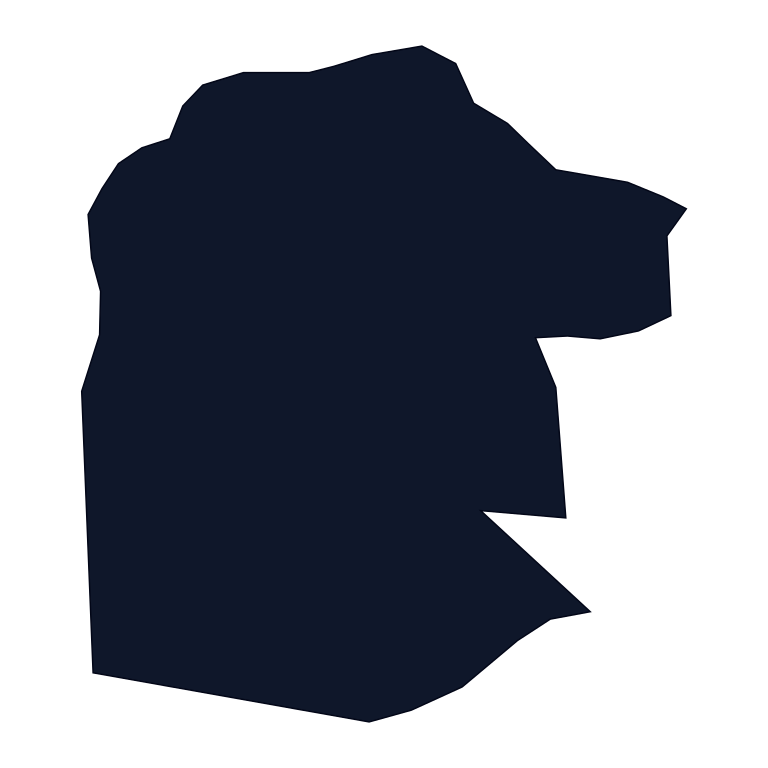 Vila Flor, Rio Grande do Norte, Brazil (Robinson projection)
{"feature_id": "56859067B91583565778488", "entity_name": "Vila Flor", "entity_type": "district", "adm_level": 2, "iso_a3": "BRA", "parent_name": "Brazil", "parent_adm1": "Rio Grande do Norte", "projection": "robinson", "projection_center": [-35.08, -6.303], "detail": "fine", "context": "isolated", "style": "filled", "palette": "ink", "viewbox_px": 768, "rotation_deg": 0, "n_neighbors": 0, "source": "geoboundaries", "source_scale": "gbopen_adm2", "svg_char_len": 623}
<svg xmlns="http://www.w3.org/2000/svg" viewBox="0 0 768 768"><path d="M686.3,208.8L663.4,197.0L627.6,182.3L555.8,169.8L527.9,143.3L507.5,123.5L473.6,103.2L455.7,63.6L421.9,46.1L372.0,54.6L333.7,66.4L309.3,72.6L272.9,72.6L243.5,72.6L202.7,85.1L182.8,106.0L169.8,138.8L141.9,147.8L118.5,163.6L102.1,188.5L88.1,214.5L91.6,258.0L100.6,291.3L99.6,334.8L81.7,391.3L93.1,672.8L369.1,721.9L411.4,710.1L462.2,686.9L517.5,640.5L550.3,619.1L590.2,611.7L480.6,510.6L565.8,517.9L555.8,387.4L535.4,337.7L567.3,336.0L600.2,338.8L638.5,330.9L670.9,315.6L666.9,235.9L686.3,208.8Z" fill="#0f172a" stroke="#020617" stroke-width="1.5"/></svg>